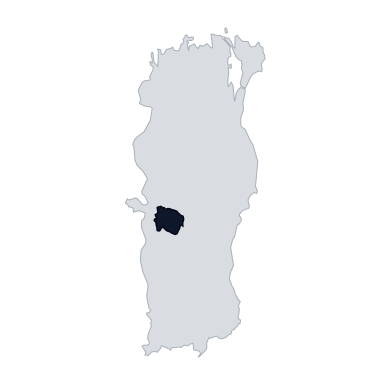 where K. Maras sits in Turkey, rotated 93°
{"feature_id": "TUR-2283", "entity_name": "K. Maras", "entity_type": "Province", "adm_level": 1, "iso_a3": "TUR", "parent_name": "Turkey", "parent_adm1": "", "projection": "robinson", "projection_center": [36.909, 37.929], "detail": "fine", "context": "in_parent", "style": "filled", "palette": "ink", "viewbox_px": 384, "rotation_deg": 93, "n_neighbors": 0, "source": "natural_earth", "source_scale": "10m", "svg_char_len": 4742}
<svg xmlns="http://www.w3.org/2000/svg" viewBox="0 0 384 384"><g transform="rotate(93 192 192)"><path d="M298.7,138.1L304.1,139.9L305.9,138.6L310.7,138.8L315.1,139.7L317.5,136.8L320.6,137.1L321.2,138.6L322.7,139.2L327.3,142.9L326.8,143.4L327.9,144.8L331.9,145.7L332.3,147.6L335.4,150.4L337.1,154.8L336.2,157.9L334.6,159.8L337.2,166.4L336.5,167.3L341.3,169.4L347.3,169.1L349.2,170.0L355.2,175.3L356.7,177.3L352.6,174.8L350.4,176.9L349.4,182.1L343.1,183.1L344.2,186.4L345.9,188.0L345.4,191.1L345.9,192.4L347.7,194.5L347.5,197.3L348.3,200.4L348.4,204.0L351.1,205.1L349.9,206.8L347.2,214.1L347.4,214.7L349.4,214.9L353.9,218.3L353.2,219.4L353.8,224.1L357.7,227.1L357.2,228.7L357.3,230.3L354.5,229.6L349.0,233.7L348.3,233.6L347.5,232.2L347.2,228.0L345.9,226.9L344.1,226.6L341.0,228.5L338.2,228.5L335.4,228.1L328.0,225.5L325.3,226.4L322.4,225.4L317.0,230.6L315.3,231.0L314.4,228.4L312.5,227.0L310.0,228.9L300.5,231.4L296.2,231.8L290.8,231.0L286.4,231.2L274.4,236.9L262.9,240.0L252.6,239.8L246.9,236.2L242.5,235.3L229.3,240.8L222.8,240.6L220.6,238.4L215.6,237.4L214.6,239.6L213.5,244.7L215.2,249.4L212.4,249.7L210.7,250.8L210.2,254.3L207.6,255.7L206.7,257.9L206.3,258.0L202.2,256.2L203.3,254.4L200.8,247.8L202.0,245.8L207.4,240.5L207.3,237.3L205.0,235.2L198.2,239.1L197.5,240.6L196.0,241.8L193.5,242.2L181.4,237.1L174.3,241.6L168.2,248.2L163.6,250.5L150.1,252.4L147.8,253.6L143.2,252.3L140.5,250.5L134.4,243.1L122.8,237.5L110.4,236.1L109.3,237.6L108.7,243.3L106.6,248.7L105.6,249.3L102.9,247.9L93.3,251.1L85.2,247.5L83.8,246.0L82.2,239.7L81.0,239.3L79.7,240.2L78.3,240.1L72.5,237.4L69.4,237.2L67.4,239.9L64.3,241.0L64.2,240.2L65.5,238.5L60.6,238.8L58.0,240.1L54.5,239.3L54.7,238.6L57.6,237.8L64.2,236.8L68.5,232.7L52.8,232.9L51.3,233.8L51.2,231.6L52.1,230.6L56.2,229.8L56.0,228.0L53.6,226.1L50.9,225.0L49.8,220.5L48.4,219.4L48.6,218.7L51.2,217.9L51.9,214.6L51.5,212.6L46.6,210.8L45.4,211.0L44.3,209.2L42.2,208.0L40.4,209.0L35.4,206.3L36.4,204.3L37.7,204.4L38.0,202.8L37.1,200.3L37.2,199.0L38.3,198.6L39.6,198.9L40.8,200.4L40.8,203.3L42.1,205.1L43.1,203.3L45.4,204.3L49.6,203.4L50.4,202.6L47.4,202.7L46.3,202.0L44.0,197.2L46.5,195.8L48.4,193.4L45.1,191.9L45.9,188.6L43.0,184.9L47.2,180.1L47.0,179.4L45.7,179.1L33.3,181.2L33.2,179.0L34.2,177.2L34.3,172.6L35.0,170.1L37.3,169.4L40.2,165.8L45.0,161.5L49.7,161.6L51.6,160.4L54.4,160.4L55.2,162.0L57.6,163.2L61.9,163.0L64.0,161.9L62.1,159.8L64.6,159.2L66.6,159.6L65.4,161.9L66.0,162.2L71.6,161.5L77.5,162.0L84.0,161.7L84.9,161.0L80.3,158.7L83.3,156.7L85.0,156.3L98.7,154.4L98.7,154.0L90.5,152.9L86.2,150.3L85.1,148.8L86.1,145.2L87.0,144.3L90.0,144.2L100.2,145.8L107.5,144.8L115.4,147.2L123.1,146.7L124.7,145.6L126.7,142.2L137.6,136.6L141.4,133.7L158.2,127.9L183.2,128.9L187.6,126.7L190.1,127.4L189.4,128.9L189.5,130.3L192.5,133.7L196.9,135.7L203.1,134.0L205.4,134.7L207.5,140.0L211.4,143.2L213.2,143.5L215.5,141.6L217.8,141.3L221.4,143.2L222.7,145.1L234.7,147.3L237.2,148.9L245.3,150.5L263.2,146.7L269.8,149.3L275.3,150.1L277.6,149.8L284.8,146.7L287.0,145.0L291.5,143.5L297.1,140.1L298.7,138.1ZM68.2,128.7L67.7,131.0L68.7,133.7L71.0,137.3L73.5,139.2L85.5,144.1L83.6,148.8L80.5,149.5L70.2,147.3L65.9,149.2L62.9,148.7L58.6,149.5L57.3,152.3L54.2,155.5L45.6,159.5L37.6,167.3L35.4,168.3L36.5,165.7L36.5,163.3L40.0,160.6L44.8,158.5L46.1,156.8L34.3,157.1L33.3,154.7L34.5,154.2L38.5,149.9L39.0,148.2L38.8,144.0L43.5,141.5L44.0,140.5L43.4,136.4L39.1,133.9L39.3,132.8L42.5,131.6L44.4,128.7L49.0,128.2L51.2,126.8L55.2,126.0L60.0,129.7L66.0,128.3L68.2,128.7ZM31.5,167.0L27.5,167.7L26.3,167.1L27.6,165.8L30.7,164.9L31.6,166.2L31.5,167.0Z" fill="#d9dde1" stroke="#a8b0b8" stroke-width="1"/><path d="M213.0,205.3L213.6,204.7L214.2,203.9L215.5,202.5L216.1,201.6L216.3,200.5L216.6,199.8L217.2,199.5L219.5,198.9L221.8,199.3L222.2,199.5L222.6,199.7L226.5,199.4L225.5,201.0L225.7,202.3L226.0,202.3L226.7,202.1L227.0,202.1L229.6,202.7L231.8,203.9L233.0,204.2L234.4,204.8L235.2,206.3L235.1,207.1L234.2,209.6L234.1,210.2L233.7,210.7L233.5,210.9L233.1,211.6L232.2,214.7L231.5,215.9L230.6,217.0L229.7,217.8L229.0,218.6L229.0,219.9L229.6,220.8L230.6,221.2L232.5,222.3L232.5,222.9L232.6,223.6L232.4,224.5L231.6,225.0L230.5,225.0L229.5,225.1L227.1,225.9L224.9,226.3L224.0,226.7L222.4,228.3L221.0,227.9L220.5,226.0L219.7,225.5L218.9,226.6L216.7,227.5L216.0,226.5L215.0,225.6L214.4,225.2L213.8,225.0L212.4,225.3L211.9,225.4L211.2,225.6L210.6,225.7L210.3,225.4L210.1,225.5L209.9,225.6L209.7,225.7L209.6,225.9L209.4,225.9L208.7,225.1L208.7,223.7L208.5,223.4L208.2,223.2L208.0,222.6L208.2,221.9L208.6,221.4L209.0,220.8L209.1,219.1L209.5,218.5L209.9,218.3L210.4,217.8L210.5,217.0L209.9,215.6L209.8,214.7L209.9,214.0L210.1,212.6L210.6,211.3L211.5,207.5L212.0,206.2L213.0,205.3Z" fill="#0f172a" stroke="#020617" stroke-width="1.5"/></g></svg>